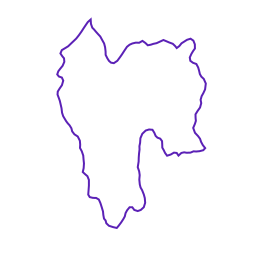 outline of Lontra, Minas Gerais, Brazil, rotated 190°
{"feature_id": "56859067B10787235242690", "entity_name": "Lontra", "entity_type": "district", "adm_level": 2, "iso_a3": "BRA", "parent_name": "Brazil", "parent_adm1": "Minas Gerais", "projection": "equal_earth", "projection_center": [-44.273, -15.841], "detail": "fine", "context": "isolated", "style": "outline", "palette": "violet", "viewbox_px": 256, "rotation_deg": 190, "n_neighbors": 0, "source": "geoboundaries", "source_scale": "gbopen_adm2", "svg_char_len": 2463}
<svg xmlns="http://www.w3.org/2000/svg" viewBox="0 0 256 256"><g transform="rotate(190 128 128)"><path d="M125.4,27.8L121.7,27.6L120.3,30.0L118.4,33.7L116.9,37.2L115.8,40.3L115.6,43.8L114.6,46.8L112.7,50.2L110.0,50.7L107.6,48.4L104.0,47.9L101.2,49.5L98.7,52.7L98.1,57.3L99.3,61.9L100.9,65.3L103.3,69.2L105.3,71.6L106.6,74.5L107.9,79.1L108.3,83.6L109.5,87.3L111.6,91.1L111.7,96.8L112.3,100.9L112.7,104.9L112.9,108.8L113.6,112.1L113.5,115.4L114.0,120.1L112.9,124.8L110.1,128.6L107.0,130.2L103.6,130.5L101.2,127.8L99.4,125.0L97.3,123.6L94.4,123.1L92.2,121.0L91.5,118.0L90.8,114.6L88.9,112.3L87.2,109.9L84.7,107.5L81.3,109.3L78.5,111.7L75.7,111.9L73.5,109.6L71.1,112.7L68.5,113.8L66.0,113.8L62.2,114.6L59.4,116.4L56.7,116.7L53.5,117.6L50.0,119.2L48.5,121.6L51.4,124.2L53.6,127.0L55.2,129.9L57.6,132.2L61.2,134.9L63.8,139.4L62.8,143.8L62.4,146.8L63.2,149.7L63.9,153.2L62.4,156.9L60.6,160.7L60.2,165.2L61.4,168.4L61.0,172.2L59.9,175.3L58.8,179.4L59.1,185.3L61.9,189.5L64.7,191.3L66.6,193.6L67.9,196.7L69.4,199.8L71.8,202.9L75.3,203.5L78.3,205.0L79.4,208.2L78.4,212.1L77.2,215.2L75.9,217.9L76.7,222.0L78.8,225.4L81.9,226.8L85.2,225.1L87.8,222.7L90.0,220.7L91.7,217.6L93.9,215.2L95.8,216.9L98.5,218.7L102.3,219.4L105.7,220.2L108.4,220.8L111.1,218.9L114.6,216.5L117.6,215.3L120.0,214.0L122.9,212.9L125.7,214.8L128.9,216.3L131.8,213.9L135.2,213.4L138.4,212.0L140.9,210.3L143.1,207.8L145.1,203.3L146.7,199.5L148.1,196.5L150.2,192.3L153.2,189.4L156.1,189.4L158.4,190.8L160.4,193.0L162.7,196.1L163.4,199.6L164.6,203.6L166.2,207.1L168.4,209.8L171.2,213.3L174.1,215.5L176.5,217.4L178.5,219.1L180.6,220.6L182.6,224.2L183.6,228.4L186.0,225.3L187.5,222.0L189.0,218.6L190.6,214.8L192.5,210.8L194.5,207.1L196.4,204.5L198.7,201.4L201.1,198.1L203.8,195.7L206.7,193.2L207.5,189.7L205.2,187.3L203.1,185.5L202.2,182.1L203.2,177.9L205.2,174.3L206.5,171.7L207.0,168.5L205.0,166.7L201.9,166.2L200.0,163.4L200.5,158.7L202.2,155.0L203.5,151.7L203.2,148.7L201.8,146.3L199.9,143.0L198.2,139.0L196.9,135.9L195.6,131.6L193.9,128.4L192.1,126.3L190.1,124.0L188.2,122.2L186.0,120.5L183.7,117.9L182.4,115.0L179.7,112.5L176.0,110.9L173.2,107.1L172.2,103.3L171.8,100.0L169.5,97.1L167.3,93.1L166.4,89.6L165.2,85.4L164.7,80.7L164.9,76.8L162.6,75.3L159.6,73.5L157.5,70.1L156.5,64.5L156.0,59.6L155.6,55.5L153.7,53.3L150.3,53.1L147.3,53.6L144.3,52.5L142.1,49.2L139.9,45.0L138.1,41.4L137.2,38.1L135.9,34.6L134.0,33.0L132.8,30.4L129.8,28.4L125.4,27.8Z" fill="none" stroke="#5b21b6" stroke-width="2"/></g></svg>